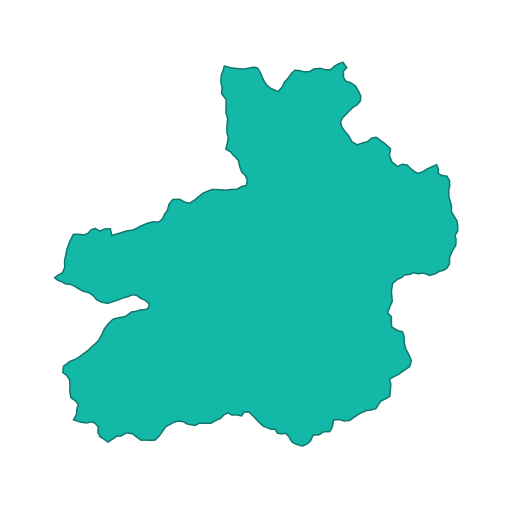 outline of Ouro Fino, Minas Gerais, Brazil, rotated 187°
{"feature_id": "56859067B45717322204832", "entity_name": "Ouro Fino", "entity_type": "district", "adm_level": 2, "iso_a3": "BRA", "parent_name": "Brazil", "parent_adm1": "Minas Gerais", "projection": "natural_earth1", "projection_center": [-46.373, -22.267], "detail": "fine", "context": "isolated", "style": "filled", "palette": "teal", "viewbox_px": 512, "rotation_deg": 187, "n_neighbors": 0, "source": "geoboundaries", "source_scale": "gbopen_adm2", "svg_char_len": 3870}
<svg xmlns="http://www.w3.org/2000/svg" viewBox="0 0 512 512"><g transform="rotate(187 256 256)"><path d="M106.1,133.1L106.3,141.0L106.7,145.8L108.6,149.9L104.5,153.0L100.1,155.9L95.4,160.3L90.0,164.9L89.0,171.0L92.0,176.3L96.1,182.1L98.3,188.1L99.3,194.6L101.5,198.7L106.5,199.3L112.7,202.2L113.7,207.5L114.1,212.1L118.5,215.7L116.6,223.3L115.2,227.7L116.3,232.7L117.4,238.0L117.0,245.6L112.8,250.0L109.0,252.3L106.3,255.4L101.9,256.2L97.5,258.6L92.9,258.1L88.0,259.5L81.2,257.9L76.1,260.1L72.2,263.1L68.2,264.6L65.0,267.2L63.0,271.6L63.7,278.1L61.6,285.3L59.0,291.2L59.4,296.6L60.9,300.9L58.8,305.4L59.5,310.4L60.9,315.5L64.8,320.3L67.5,324.1L68.3,330.3L71.7,338.0L72.7,344.4L72.3,349.5L73.1,354.3L76.2,358.5L81.1,358.6L85.1,360.0L85.5,364.4L87.8,368.7L93.3,365.4L97.1,363.0L101.1,359.7L105.7,357.7L109.8,359.6L113.4,361.8L116.8,364.6L122.1,364.9L126.3,362.0L132.4,365.8L135.9,372.1L135.5,378.8L141.0,382.7L146.3,385.8L151.3,388.5L155.5,387.2L158.9,383.3L163.8,381.3L169.2,378.7L175.0,381.3L178.7,386.7L182.7,390.1L186.7,394.8L188.3,398.9L187.1,403.5L183.3,408.4L180.1,412.7L177.4,415.9L174.0,418.4L171.2,423.0L171.6,427.7L174.4,432.1L178.0,436.9L183.5,439.7L188.1,440.4L190.9,443.8L191.7,450.1L188.9,454.2L193.3,458.8L197.2,457.0L201.0,454.2L204.6,450.1L209.4,449.3L214.9,450.1L221.4,448.7L225.2,445.5L230.8,444.6L235.2,445.3L239.9,445.2L242.8,441.9L245.7,436.6L248.9,432.1L250.5,427.1L254.1,421.9L261.8,424.2L266.4,427.1L269.3,430.6L271.6,434.2L274.3,438.9L277.3,442.7L281.1,443.2L286.2,441.5L291.2,440.0L297.4,439.8L303.7,439.7L310.6,440.7L311.2,436.3L312.5,431.1L312.1,424.5L310.2,419.1L309.8,412.9L304.7,407.5L303.9,400.4L303.3,394.4L300.9,389.4L300.7,382.2L299.9,374.7L298.0,370.6L298.2,364.6L299.0,358.4L293.8,356.2L291.0,353.4L288.0,351.2L285.0,348.5L283.1,342.8L280.4,337.5L276.5,334.7L273.8,330.3L274.3,324.8L278.9,323.1L283.3,319.8L289.1,319.0L293.8,317.6L300.3,317.4L307.5,316.7L312.8,314.0L316.4,311.8L320.0,308.1L323.7,304.1L328.5,300.3L333.3,300.8L338.5,303.0L345.4,302.0L348.6,296.9L349.6,290.2L351.8,286.4L353.5,281.1L356.7,277.8L362.7,277.3L367.1,275.6L370.6,273.7L375.0,271.1L378.2,268.7L381.8,266.6L387.5,265.1L392.7,262.7L397.0,260.8L401.6,258.9L403.9,265.3L409.7,264.3L414.1,261.7L418.9,263.8L422.7,262.0L425.5,258.1L429.2,256.0L435.6,255.9L439.9,255.2L442.9,246.8L444.5,239.6L444.9,233.4L445.5,228.1L444.4,221.7L445.9,215.9L449.9,213.1L453.2,209.9L449.7,207.8L445.2,206.7L441.7,205.1L436.7,205.3L432.4,203.9L428.4,202.0L423.3,200.0L416.9,199.1L412.0,196.3L409.2,193.4L404.0,191.4L397.4,190.9L392.0,193.5L388.3,195.2L383.6,197.9L377.7,200.3L374.2,202.4L369.7,202.4L365.9,200.1L361.0,198.7L356.1,195.5L356.6,190.7L360.5,189.0L364.2,188.5L367.8,186.6L372.6,185.4L378.2,180.1L386.5,177.3L390.1,175.9L394.2,171.0L397.6,165.3L399.2,160.0L401.4,154.0L404.2,150.0L407.2,146.8L410.0,143.2L413.7,139.4L418.6,134.8L422.6,131.5L427.6,128.9L433.6,123.1L433.6,116.8L429.4,114.5L425.8,110.2L424.8,104.4L424.4,99.3L422.6,92.9L417.7,90.3L414.3,87.1L415.1,82.5L414.9,76.7L417.1,71.2L410.1,69.8L404.0,69.6L398.8,71.5L395.2,70.2L391.6,67.2L391.5,61.9L388.7,57.5L384.5,55.7L380.2,53.2L376.0,56.8L372.4,60.0L368.2,60.9L362.9,64.7L357.0,64.5L352.4,61.8L347.6,59.2L341.4,60.0L337.2,60.2L333.5,61.2L329.9,65.9L326.8,71.7L324.7,75.8L321.0,78.2L317.8,80.6L314.0,82.5L308.5,82.8L303.4,80.8L299.4,80.6L295.4,80.6L292.0,83.1L286.4,83.7L280.4,84.5L275.7,88.0L271.5,90.4L268.5,94.5L264.7,96.9L260.6,95.2L255.7,96.0L250.9,95.5L248.7,99.8L243.7,100.1L237.7,95.5L232.6,91.2L228.0,88.0L224.2,87.1L219.9,85.9L215.8,86.3L213.2,82.8L208.9,82.5L205.2,83.7L201.2,80.6L197.8,75.9L193.7,74.2L186.9,73.0L182.5,75.6L179.4,79.1L177.5,85.1L171.6,86.3L167.5,89.7L161.4,90.7L159.6,95.2L158.9,102.7L153.3,103.8L148.4,103.0L142.8,104.3L138.7,108.2L133.1,112.8L127.5,116.1L123.4,117.1L118.4,119.2L114.7,126.9L109.9,130.1L106.1,133.1Z" fill="#14b8a6" stroke="#0f766e" stroke-width="1.5"/></g></svg>